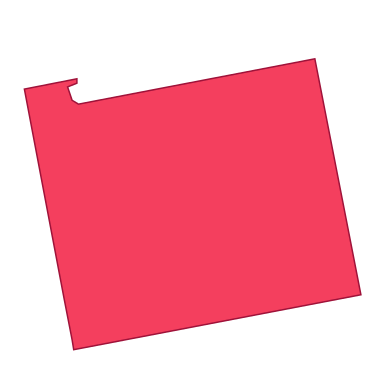 Cottle, Texas, United States of America (Robinson projection), rotated 259°
{"feature_id": "52423323B25180232244393", "entity_name": "Cottle", "entity_type": "district", "adm_level": 2, "iso_a3": "USA", "parent_name": "United States of America", "parent_adm1": "Texas", "projection": "robinson", "projection_center": [-100.209, 34.075], "detail": "fine", "context": "isolated", "style": "filled", "palette": "rose", "viewbox_px": 384, "rotation_deg": 259, "n_neighbors": 0, "source": "geoboundaries", "source_scale": "gbopen_adm2", "svg_char_len": 303}
<svg xmlns="http://www.w3.org/2000/svg" viewBox="0 0 384 384"><g transform="rotate(259 192 192)"><path d="M110.7,46.1L69.6,46.1L59.8,45.8L58.9,338.2L299.3,338.0L299.9,97.3L304.9,91.8L318.9,89.9L320.8,99.8L325.1,100.6L325.0,47.1L110.7,46.1Z" fill="#f43f5e" stroke="#9f1239" stroke-width="1.5"/></g></svg>